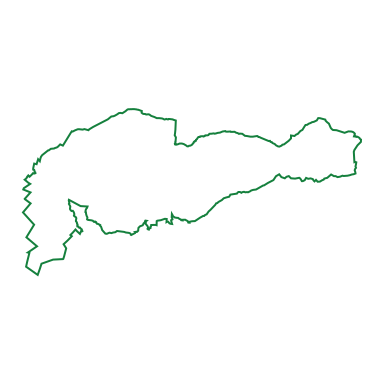 Cetate, Bistrita-Nasaud, Romania
{"feature_id": "2599482B32384064794632", "entity_name": "Cetate", "entity_type": "district", "adm_level": 2, "iso_a3": "ROU", "parent_name": "Romania", "parent_adm1": "Bistrita-Nasaud", "projection": "albers", "projection_center": [24.662, 47.098], "detail": "fine", "context": "isolated", "style": "outline", "palette": "green", "viewbox_px": 384, "rotation_deg": 0, "n_neighbors": 0, "source": "geoboundaries", "source_scale": "gbopen_adm2", "svg_char_len": 5950}
<svg xmlns="http://www.w3.org/2000/svg" viewBox="0 0 384 384"><path d="M361.0,139.6L360.0,138.9L359.4,137.9L358.3,137.2L357.3,136.7L356.4,136.9L356.3,136.6L355.7,136.2L355.0,136.5L354.0,136.4L354.9,133.9L354.3,133.0L353.3,132.2L352.4,131.8L351.2,131.5L348.4,131.4L344.6,132.8L336.5,130.2L333.0,130.0L331.9,129.2L330.8,128.0L328.9,123.6L327.2,122.3L325.6,120.7L325.3,119.6L320.0,118.2L318.2,118.1L316.8,120.4L313.9,121.8L312.0,122.2L310.6,123.0L308.7,123.7L307.2,124.8L305.5,125.0L304.3,126.8L302.4,129.9L300.4,131.0L297.8,133.9L296.1,134.6L294.5,136.0L291.0,135.5L291.0,138.4L288.7,140.8L284.0,144.4L282.4,144.7L281.6,145.6L279.4,146.6L278.0,146.4L276.0,145.3L274.7,144.0L272.4,143.0L271.8,142.1L270.5,141.9L270.0,140.9L268.6,141.0L260.4,137.6L259.6,137.1L258.4,137.0L258.2,136.6L257.2,136.0L252.6,136.7L250.6,136.7L246.8,136.0L244.9,135.8L242.3,133.8L239.8,133.6L239.0,133.9L237.7,133.1L236.1,132.7L234.6,131.8L230.9,131.9L230.5,131.5L227.0,131.7L225.9,131.6L225.4,131.1L222.6,131.5L220.0,132.6L217.6,132.9L215.8,133.5L215.1,133.5L214.7,133.7L213.6,133.4L211.5,133.7L209.4,133.8L208.4,135.1L207.0,135.4L205.8,135.3L205.0,135.6L204.9,135.9L204.5,135.9L204.3,136.2L203.9,136.2L203.6,136.5L202.4,136.2L200.9,136.3L200.2,136.4L200.0,136.9L199.7,137.0L198.5,137.0L198.0,137.4L197.7,138.0L197.2,138.5L196.9,139.2L196.0,139.8L195.9,140.6L195.8,140.9L194.7,141.1L194.5,141.8L193.8,142.0L193.4,143.2L192.7,143.6L192.5,144.2L191.9,144.8L190.5,145.6L189.0,145.8L188.3,146.3L187.2,146.3L186.2,145.5L184.0,144.2L183.2,143.9L181.7,143.5L179.7,143.5L177.8,144.3L176.0,144.7L175.0,144.4L174.9,143.8L175.2,143.5L175.0,143.4L175.2,143.0L175.5,142.1L175.3,142.0L175.3,141.8L175.4,141.4L175.6,140.7L175.9,137.4L174.7,135.2L175.0,133.7L175.4,129.8L175.8,120.5L173.2,119.7L172.8,119.4L172.0,119.3L169.5,119.0L168.4,119.0L168.1,119.4L167.2,119.3L166.2,118.9L165.4,119.3L164.4,119.5L162.6,118.6L161.6,118.4L158.8,118.1L156.7,118.1L154.4,117.0L151.2,115.9L149.5,114.6L148.5,114.3L146.1,114.5L145.5,114.1L144.8,114.0L143.3,113.9L142.4,113.4L141.6,112.7L141.8,111.0L138.1,109.7L137.3,109.7L136.5,109.4L133.9,109.1L128.0,109.3L127.2,109.7L125.5,111.2L122.4,113.2L120.2,112.9L118.7,113.2L117.6,114.1L115.2,115.5L113.6,116.2L111.3,116.5L107.9,119.3L93.2,126.9L89.1,129.4L88.5,130.2L84.4,129.1L82.7,129.6L78.9,129.2L77.6,129.3L74.9,130.4L72.6,131.6L71.8,131.3L70.9,132.6L62.9,145.6L60.2,144.4L57.8,146.8L56.7,147.5L55.0,148.0L54.1,148.5L50.9,148.8L48.7,150.4L48.1,150.4L42.1,155.2L41.0,156.8L40.4,158.5L39.8,161.2L38.1,159.2L36.6,164.2L34.2,163.6L33.2,168.3L33.2,169.6L34.2,169.9L34.7,171.6L34.7,172.3L35.3,172.5L35.4,173.2L34.0,173.6L33.0,173.2L31.7,174.7L29.6,176.7L28.3,175.4L27.2,176.7L27.1,176.9L27.3,177.0L25.9,178.8L24.7,179.7L28.4,182.8L30.2,183.9L23.8,188.2L23.3,189.5L30.5,192.4L24.7,198.9L24.8,199.1L30.6,203.4L23.0,212.4L34.1,224.7L26.4,237.3L37.0,246.3L27.9,252.5L29.4,252.9L27.1,262.1L26.1,266.7L37.7,274.9L39.8,269.0L41.5,263.7L53.1,259.6L63.0,259.1L63.3,258.9L64.1,256.4L66.2,248.3L63.6,244.2L67.4,240.7L71.8,236.2L70.4,235.0L72.7,232.7L75.5,229.5L77.0,231.2L79.9,233.9L81.1,231.1L81.9,231.4L82.3,231.1L82.0,230.8L81.8,229.4L80.7,228.6L80.1,227.7L79.4,227.8L79.0,227.6L78.5,226.7L77.4,226.5L77.2,225.9L77.6,225.0L77.5,224.3L77.0,223.8L76.9,222.5L76.6,222.0L76.0,221.4L75.9,220.8L76.3,218.2L76.1,217.6L75.4,216.7L74.9,216.6L74.1,216.0L73.9,215.5L74.3,214.5L74.3,213.9L73.9,212.5L73.5,211.7L72.8,210.8L71.5,211.0L70.8,210.3L70.2,209.5L70.0,208.8L70.3,206.3L68.9,203.9L69.1,203.4L69.4,203.2L68.8,200.7L68.8,200.2L68.9,199.8L80.6,206.1L87.5,206.5L87.0,207.9L86.4,208.6L85.7,210.0L85.4,212.0L85.9,212.2L86.1,214.0L86.6,215.8L87.4,217.4L87.1,219.4L88.0,219.9L91.2,220.3L92.8,220.7L93.8,221.8L94.5,221.9L95.0,221.5L95.9,222.0L95.7,222.4L97.2,223.6L97.2,223.8L98.0,223.9L99.8,224.8L99.6,225.0L100.0,225.5L100.2,225.9L100.9,226.4L101.2,227.1L102.2,230.1L105.3,233.6L106.8,233.8L109.4,232.7L111.6,233.1L112.8,232.6L115.3,232.2L117.0,231.0L124.1,231.9L125.8,232.5L129.0,232.9L130.3,233.5L131.0,234.4L130.9,234.8L131.2,235.0L135.1,233.0L135.4,232.2L135.8,232.1L135.5,231.9L137.1,231.6L137.7,231.2L138.2,230.7L138.3,229.0L138.5,227.8L140.0,226.3L142.7,225.3L143.4,224.0L143.5,223.5L144.8,222.3L145.0,221.2L145.4,220.6L146.6,220.8L145.9,221.4L145.8,222.1L145.8,222.8L145.6,223.8L147.4,225.9L148.0,227.3L147.9,228.6L147.6,228.9L148.3,229.5L148.9,229.6L149.0,229.1L149.6,228.3L150.5,228.1L150.6,227.7L150.4,227.0L151.0,226.2L151.2,225.0L155.6,224.9L156.6,225.2L156.7,221.1L157.3,220.7L160.8,220.2L164.9,218.8L166.7,219.0L166.5,222.1L167.2,221.7L168.1,221.7L169.5,223.4L170.6,223.8L172.1,224.0L171.1,220.6L171.2,220.1L172.5,219.4L172.4,218.8L171.7,217.3L171.9,214.0L172.6,215.2L172.9,216.1L174.8,217.5L177.2,217.9L178.1,217.9L179.4,218.9L180.6,219.4L181.2,220.2L182.5,220.4L182.4,219.8L185.1,219.7L187.7,221.1L188.3,222.6L189.6,222.7L189.5,221.8L191.2,221.4L192.7,221.2L194.9,221.1L200.2,217.6L203.2,215.9L204.1,216.0L205.2,214.9L206.6,214.4L208.6,211.5L210.5,209.8L215.2,204.9L216.2,203.3L217.3,203.1L218.4,202.0L221.8,200.1L223.7,198.3L226.1,197.5L229.2,196.7L230.4,194.6L236.9,193.6L237.7,192.5L238.5,192.0L240.0,192.0L241.4,192.8L242.2,192.2L244.0,191.8L245.3,192.3L247.1,192.1L248.0,192.3L250.1,191.3L251.2,190.5L253.1,189.9L256.1,189.5L263.1,185.5L264.0,185.4L268.0,182.9L273.4,180.1L276.0,176.2L279.2,174.3L281.4,177.1L284.8,178.3L286.5,176.8L288.8,176.1L291.0,178.3L295.1,178.6L299.2,177.8L300.2,178.5L301.1,179.8L301.8,181.1L302.9,181.1L304.7,180.2L306.1,177.9L308.2,178.8L310.6,178.4L312.8,179.1L313.5,180.4L314.5,181.4L316.0,179.9L317.6,181.7L319.9,181.6L322.2,180.2L323.7,179.6L324.3,178.6L327.3,177.8L331.1,174.5L333.9,176.1L335.6,176.1L337.5,177.1L340.0,176.7L342.5,175.7L343.7,176.0L347.5,175.7L349.8,175.2L351.8,174.5L353.7,174.2L355.5,173.5L355.3,172.1L354.7,170.2L355.1,169.0L356.0,167.8L355.5,166.4L355.9,164.7L356.3,162.3L355.2,161.9L354.4,162.2L353.8,151.8L354.4,150.0L357.5,145.3L360.9,141.9L361.0,139.6Z" fill="none" stroke="#15803d" stroke-width="2"/></svg>